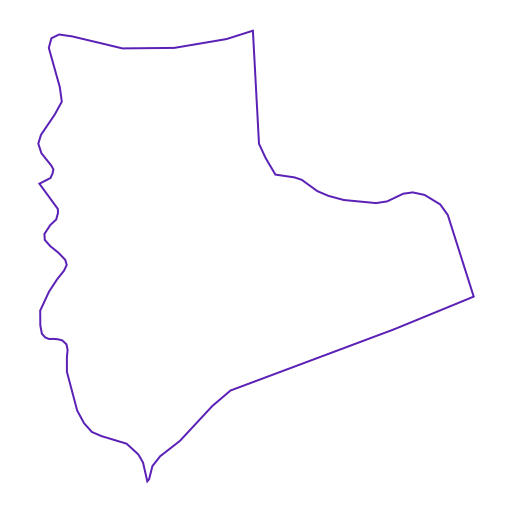 an SVG outline of Bạc Liêu
{"feature_id": "VNM-506", "entity_name": "Bạc Liêu", "entity_type": "Province", "adm_level": 1, "iso_a3": "VNM", "parent_name": "Vietnam", "parent_adm1": "", "projection": "orthographic", "projection_center": [105.432, 9.309], "detail": "fine", "context": "isolated", "style": "outline", "palette": "violet", "viewbox_px": 512, "rotation_deg": 0, "n_neighbors": 0, "source": "natural_earth", "source_scale": "10m", "svg_char_len": 987}
<svg xmlns="http://www.w3.org/2000/svg" viewBox="0 0 512 512"><path d="M473.7,296.6L393.8,329.4L230.5,390.5L212.3,406.0L179.9,440.9L160.2,456.2L152.4,466.1L149.1,479.2L147.3,481.3L143.0,462.5L138.3,454.4L126.6,443.7L101.4,436.1L91.9,432.0L84.1,423.3L77.2,410.6L66.9,371.8L66.9,357.3L67.6,350.1L66.5,344.4L62.3,340.4L58.2,339.3L53.6,338.9L49.1,339.0L45.3,337.5L41.9,333.8L40.3,325.4L40.2,310.6L49.0,291.7L57.1,279.3L64.0,270.7L66.7,265.0L65.3,259.9L58.4,252.7L50.4,246.3L44.8,239.9L44.4,234.0L50.3,225.0L56.2,219.5L58.0,212.9L57.8,208.9L39.4,183.7L50.5,178.0L52.6,173.3L53.4,169.4L51.3,165.6L41.4,153.2L38.3,143.6L41.0,134.8L54.7,114.6L61.8,101.7L59.8,87.1L48.8,47.9L51.4,38.3L59.1,34.5L72.2,36.4L122.4,48.4L174.2,47.9L226.7,39.0L252.9,30.7L259.0,143.8L265.6,158.0L275.4,174.6L294.5,177.4L301.7,179.8L317.3,191.1L328.5,195.9L343.8,200.0L376.0,203.1L387.1,201.4L403.2,193.7L412.8,192.4L424.5,194.9L440.2,204.4L447.8,215.0L473.7,296.6Z" fill="none" stroke="#5b21b6" stroke-width="2"/></svg>